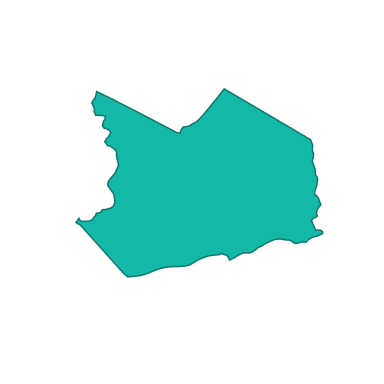 Coruripe, Alagoas, Brazil (Albers equal-area conic projection), rotated 31°
{"feature_id": "56859067B77364556479199", "entity_name": "Coruripe", "entity_type": "district", "adm_level": 2, "iso_a3": "BRA", "parent_name": "Brazil", "parent_adm1": "Alagoas", "projection": "albers", "projection_center": [-36.219, -10.099], "detail": "fine", "context": "isolated", "style": "filled", "palette": "teal", "viewbox_px": 384, "rotation_deg": 31, "n_neighbors": 0, "source": "geoboundaries", "source_scale": "gbopen_adm2", "svg_char_len": 2462}
<svg xmlns="http://www.w3.org/2000/svg" viewBox="0 0 384 384"><g transform="rotate(31 192 192)"><path d="M325.5,160.4L324.3,158.7L321.7,158.6L317.4,161.0L308.9,154.7L309.4,152.4L310.8,150.4L311.9,148.0L310.1,146.8L309.0,144.8L308.3,141.9L308.6,139.3L309.0,136.7L305.3,133.6L303.4,132.1L300.6,131.0L298.2,130.9L296.9,128.2L295.7,122.7L294.6,119.9L293.4,116.9L292.0,115.1L288.9,113.7L285.7,108.8L283.9,107.5L279.9,104.3L278.7,102.7L278.2,100.3L276.5,96.5L273.8,94.4L272.4,91.8L271.2,89.6L268.6,87.6L266.8,86.1L166.5,87.0L165.0,99.0L163.8,107.4L162.1,119.1L160.9,125.1L160.0,128.6L158.8,131.1L157.0,133.7L155.8,136.8L152.7,139.5L150.9,141.0L150.6,144.0L151.4,147.7L148.6,148.9L113.0,151.0L98.8,151.9L81.2,153.1L77.9,153.3L58.5,155.0L59.9,158.9L60.5,161.2L60.0,163.6L60.3,167.3L65.8,171.2L66.3,173.0L68.2,174.5L69.8,175.8L73.2,174.1L76.0,172.4L78.8,171.9L80.0,174.6L79.6,176.6L81.1,181.4L83.5,182.5L86.0,181.8L90.1,181.8L91.7,182.8L91.9,187.7L91.4,189.7L91.3,194.0L93.3,194.4L95.6,195.8L98.2,194.9L100.4,194.9L105.0,195.5L107.3,197.3L108.5,199.6L110.5,201.9L115.2,206.8L116.3,215.2L114.9,224.6L115.3,227.7L116.4,229.7L126.3,234.2L131.2,240.5L131.9,244.5L130.4,248.1L128.8,249.3L127.5,251.0L124.3,253.3L124.2,255.9L123.3,257.8L120.9,259.3L121.5,261.9L120.9,264.5L120.7,267.3L118.5,270.3L114.5,272.7L112.7,274.0L110.2,273.9L108.7,272.8L108.5,274.9L108.3,277.9L113.6,277.9L173.9,296.5L177.0,297.4L180.6,297.9L184.3,295.1L186.3,293.6L188.1,292.3L189.6,291.1L191.3,289.6L192.7,288.1L194.2,286.6L195.7,284.7L197.1,282.9L199.0,280.4L200.7,278.1L202.2,276.2L203.8,274.4L205.5,272.6L207.2,271.0L208.7,269.7L210.5,268.3L212.7,266.8L215.0,265.2L217.0,264.0L218.7,262.8L220.9,261.4L223.6,259.5L225.4,257.9L227.2,256.2L228.7,253.7L230.0,251.3L231.0,249.2L232.2,247.2L233.4,245.3L234.6,243.7L236.3,241.5L237.4,240.1L239.0,238.4L240.9,236.7L243.2,234.9L245.5,233.3L247.8,231.4L249.2,229.4L251.7,229.0L254.7,228.5L257.1,229.4L259.1,231.1L260.6,229.0L261.5,227.4L262.7,225.4L263.7,223.4L265.0,221.0L266.3,219.1L267.5,217.7L269.8,216.3L272.5,214.8L274.6,212.4L276.0,209.3L277.0,206.3L278.4,203.9L279.6,202.3L280.6,200.3L281.5,198.5L282.6,196.7L284.1,194.5L285.2,192.9L286.5,191.2L287.8,189.7L289.9,188.1L292.1,186.7L294.7,185.7L296.7,184.8L298.3,184.1L300.6,183.0L302.4,182.8L305.2,183.2L308.1,182.3L310.1,180.1L312.8,177.6L315.4,176.5L316.0,173.9L317.1,171.2L318.3,169.0L320.3,167.1L322.0,165.3L323.7,162.7L325.5,160.4Z" fill="#14b8a6" stroke="#0f766e" stroke-width="1.5"/></g></svg>